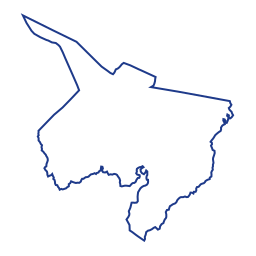 Monção, Maranhão, Brazil (Robinson projection)
{"feature_id": "56859067B17322500216026", "entity_name": "Monção", "entity_type": "district", "adm_level": 2, "iso_a3": "BRA", "parent_name": "Brazil", "parent_adm1": "Maranhão", "projection": "robinson", "projection_center": [-45.311, -3.479], "detail": "fine", "context": "isolated", "style": "outline", "palette": "blue", "viewbox_px": 256, "rotation_deg": 0, "n_neighbors": 0, "source": "geoboundaries", "source_scale": "gbopen_adm2", "svg_char_len": 4062}
<svg xmlns="http://www.w3.org/2000/svg" viewBox="0 0 256 256"><path d="M144.2,240.6L145.0,239.0L144.8,236.9L145.7,234.7L146.2,232.1L148.1,230.6L149.7,230.3L151.9,229.2L153.6,227.9L155.2,227.1L156.5,228.2L157.9,229.6L159.7,228.7L160.1,226.3L161.6,224.1L163.4,223.1L163.9,221.5L164.8,219.4L165.8,218.3L166.3,217.0L166.3,214.4L165.8,212.1L166.9,210.0L168.8,209.7L169.3,207.9L169.9,206.2L171.4,205.3L172.6,204.4L174.1,203.8L175.3,203.3L176.5,202.0L177.2,200.3L178.4,198.9L179.7,197.7L181.0,197.1L183.3,197.1L185.0,196.5L186.5,197.1L187.9,197.0L188.8,196.0L189.8,194.6L190.5,192.6L192.1,192.7L193.4,193.5L193.9,191.8L195.6,191.8L196.3,190.4L196.2,188.6L196.9,187.1L198.6,186.8L199.7,185.5L200.7,184.3L202.1,183.7L203.8,183.2L204.9,182.2L205.5,181.0L207.5,179.8L209.7,179.1L209.8,177.6L211.4,176.5L211.5,174.4L211.3,172.5L211.8,171.2L212.8,169.7L212.5,167.7L213.0,166.2L212.9,164.8L213.5,162.9L213.0,159.4L213.1,158.0L214.1,155.1L214.7,153.0L214.5,150.8L212.6,149.9L212.1,148.2L211.0,145.7L212.0,144.2L211.8,142.7L210.6,141.8L211.8,140.1L213.1,138.6L214.2,136.9L215.2,135.2L216.5,134.0L217.8,132.9L219.1,131.9L220.6,131.0L221.1,129.5L221.0,127.6L222.3,125.6L223.5,124.8L224.8,124.2L224.3,122.4L226.7,122.9L227.8,120.5L228.1,119.0L228.7,117.6L230.4,118.3L231.7,117.2L233.1,115.2L232.1,113.5L231.5,111.7L230.5,110.8L229.4,109.6L228.8,108.0L230.3,106.7L231.4,104.8L230.4,103.3L229.8,101.1L179.0,91.8L160.0,88.6L151.0,87.1L153.5,85.6L154.4,83.5L155.0,81.2L155.2,78.9L155.6,77.0L153.2,75.9L143.2,71.3L140.8,70.2L138.7,69.3L136.4,68.2L130.2,65.3L123.7,62.9L121.8,64.3L120.7,65.7L119.3,67.3L117.7,68.6L115.8,69.4L115.0,71.3L114.3,72.7L113.0,74.2L110.4,73.0L107.5,70.8L101.6,66.6L95.7,60.8L86.9,52.1L76.5,41.8L52.7,30.2L22.9,15.4L26.6,23.1L29.1,27.0L31.5,30.8L34.3,33.8L40.3,37.2L46.5,40.0L48.2,40.5L51.9,42.4L55.8,43.0L58.5,45.1L60.0,46.7L62.8,52.4L65.3,58.3L72.7,75.0L77.2,85.3L79.1,90.3L70.3,99.6L62.6,107.5L55.9,113.2L54.1,114.7L38.5,130.8L38.6,132.2L38.3,133.9L38.7,135.2L37.8,136.4L38.6,138.1L38.6,140.5L40.0,142.2L40.8,144.0L42.0,145.2L41.5,147.1L42.0,149.0L41.7,150.4L43.3,151.7L44.6,153.5L45.7,154.6L46.5,156.4L47.3,157.5L47.7,158.9L47.8,160.3L47.3,161.9L46.5,164.0L46.3,166.4L45.2,167.0L44.4,168.2L45.4,170.0L46.9,171.5L47.3,173.1L47.4,174.8L48.1,176.5L49.6,175.7L51.3,175.1L52.2,174.0L52.9,175.9L53.8,177.6L53.3,178.9L54.5,179.9L54.9,181.4L55.1,183.6L55.8,185.0L57.3,185.2L58.0,186.8L59.0,188.0L59.7,189.7L61.3,188.9L62.7,189.4L64.3,188.9L66.1,188.3L67.2,187.2L68.8,186.3L68.8,184.1L70.2,183.2L71.1,181.3L72.7,182.0L74.5,182.6L75.9,183.0L77.4,182.7L79.3,182.8L80.8,181.6L81.3,180.1L82.1,178.8L83.5,178.8L84.5,178.0L85.7,177.2L87.0,177.1L88.5,176.7L89.4,175.7L90.9,174.4L93.1,173.9L94.7,173.2L96.0,174.0L96.8,173.0L98.5,172.5L99.2,171.2L100.6,170.5L100.9,168.5L101.2,166.6L102.4,166.8L102.9,168.4L102.3,169.6L102.2,170.9L103.1,172.2L105.1,172.5L107.0,171.6L107.6,173.0L108.7,174.8L110.6,174.3L112.3,174.6L114.1,173.9L115.8,174.2L117.0,174.9L118.0,176.5L119.4,178.4L120.1,180.5L119.8,182.4L120.3,184.2L120.4,186.0L121.8,186.4L122.9,186.1L124.7,185.7L126.5,185.7L128.3,185.9L129.7,186.1L130.8,184.9L131.8,183.7L133.0,183.0L134.4,182.9L135.7,181.8L136.5,179.8L137.8,178.0L139.3,177.8L139.8,176.5L139.6,175.2L138.5,174.9L137.2,174.6L136.2,173.3L136.9,171.6L136.7,170.2L136.9,168.9L138.0,168.0L139.6,167.2L141.0,167.0L142.6,166.2L143.5,167.2L141.7,168.3L140.5,169.6L140.8,171.6L142.0,173.2L143.9,174.2L145.4,172.5L146.2,170.5L147.3,171.5L147.3,173.3L147.3,175.0L146.6,176.2L146.4,178.1L146.8,179.7L148.0,179.8L148.1,181.8L147.8,183.4L146.9,184.7L145.3,185.6L143.9,185.9L142.5,186.6L141.3,187.5L140.3,188.5L139.2,190.4L138.1,192.2L137.8,194.5L137.6,196.7L137.7,198.9L137.8,201.2L136.7,202.6L134.6,202.8L132.9,202.6L131.6,202.7L130.4,207.6L129.8,209.1L128.8,211.2L129.4,213.8L129.2,215.2L128.3,217.0L126.5,219.5L129.5,225.0L129.7,230.4L132.3,232.1L135.7,234.7L137.9,236.3L144.2,240.6ZM224.3,122.4L223.3,120.6L223.4,119.1L224.6,119.4L225.4,120.7L224.3,122.4ZM228.7,117.6L227.1,115.8L227.4,114.5L228.9,115.4L228.7,117.6Z" fill="none" stroke="#1e3a8a" stroke-width="2"/></svg>